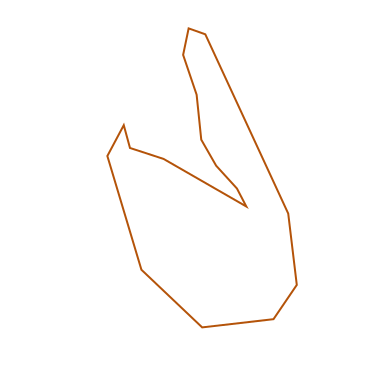 outline of Palmyra Atoll, rotated 65°
{"feature_id": "UMI-5178", "entity_name": "Palmyra Atoll", "entity_type": "state/province", "adm_level": 1, "iso_a3": "UMI", "parent_name": "United States Minor Outlying Islands", "parent_adm1": "", "projection": "natural_earth1", "projection_center": [-162.082, 5.88], "detail": "fine", "context": "isolated", "style": "outline", "palette": "amber", "viewbox_px": 384, "rotation_deg": 65, "n_neighbors": 0, "source": "natural_earth", "source_scale": "10m", "svg_char_len": 378}
<svg xmlns="http://www.w3.org/2000/svg" viewBox="0 0 384 384"><g transform="rotate(65 192 192)"><path d="M320.5,136.3L341.7,171.9L319.0,240.0L241.1,270.7L123.6,253.5L102.6,225.6L125.9,229.6L150.0,203.8L228.1,148.9L207.8,149.8L178.4,159.0L148.5,161.5L105.8,146.7L64.0,142.1L42.3,125.9L54.7,113.3L252.2,113.9L320.5,136.3Z" fill="none" stroke="#b45309" stroke-width="2"/></g></svg>